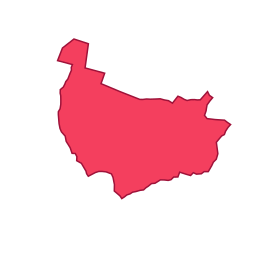 Triunfo, Paraíba, Brazil (Mercator projection), rotated 295°
{"feature_id": "56859067B33626956315035", "entity_name": "Triunfo", "entity_type": "district", "adm_level": 2, "iso_a3": "BRA", "parent_name": "Brazil", "parent_adm1": "Paraíba", "projection": "mercator", "projection_center": [-38.572, -6.599], "detail": "fine", "context": "isolated", "style": "filled", "palette": "rose", "viewbox_px": 256, "rotation_deg": 295, "n_neighbors": 0, "source": "geoboundaries", "source_scale": "gbopen_adm2", "svg_char_len": 1513}
<svg xmlns="http://www.w3.org/2000/svg" viewBox="0 0 256 256"><g transform="rotate(295 128 128)"><path d="M61.4,152.2L64.1,153.9L66.8,155.2L69.3,157.8L71.7,159.2L73.8,162.1L76.6,165.3L78.5,168.3L81.5,169.5L83.7,170.9L87.6,172.8L89.3,175.8L91.4,177.2L94.7,179.3L96.3,183.0L97.5,186.6L99.3,188.8L102.8,190.1L104.7,193.9L109.8,193.5L110.7,200.6L111.4,204.8L115.1,206.1L115.1,209.5L117.5,213.8L120.6,215.4L122.4,219.2L129.3,219.8L133.1,219.8L137.0,221.2L140.2,220.7L142.7,220.3L152.4,214.1L160.3,216.2L162.8,218.1L166.4,217.8L170.8,218.4L174.5,219.5L175.1,215.7L175.9,212.2L173.9,207.1L172.4,203.2L171.3,199.8L169.9,195.7L171.8,192.0L176.6,191.5L178.9,190.8L182.3,189.9L187.2,190.8L191.3,191.9L192.0,188.0L194.6,184.7L184.1,181.6L182.7,178.9L181.9,176.4L180.3,173.1L177.9,169.9L177.7,166.8L178.1,163.1L177.9,159.8L169.3,157.8L169.9,153.2L168.8,149.1L168.1,144.9L166.0,140.9L163.6,136.2L162.1,132.5L160.1,129.3L158.9,126.6L157.6,105.4L156.8,84.8L167.8,83.7L164.3,63.7L187.6,56.5L185.8,41.4L172.8,34.8L159.3,35.7L162.0,50.8L158.9,51.0L156.5,52.3L152.8,52.4L147.1,52.8L143.7,52.0L141.2,52.2L137.8,52.1L134.2,50.4L130.9,51.8L128.8,53.4L126.2,54.7L123.9,55.8L121.0,57.1L116.8,58.3L113.3,58.0L110.7,59.2L102.8,63.7L98.8,66.6L96.4,69.3L94.1,74.5L89.8,77.6L85.7,83.9L81.4,88.0L82.6,91.0L80.4,93.8L76.7,95.3L76.3,100.7L71.2,108.1L69.1,109.8L67.5,112.4L73.9,117.3L76.3,119.9L77.7,122.9L79.0,126.7L79.4,132.4L76.9,135.3L71.0,139.6L65.1,142.2L63.1,149.4L61.4,152.2Z" fill="#f43f5e" stroke="#9f1239" stroke-width="1.5"/></g></svg>